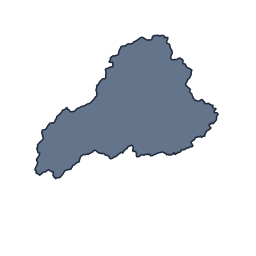 the district of El Carmen, Chocó, Colombia, rotated 221°
{"feature_id": "7082276B50429445082332", "entity_name": "El Carmen", "entity_type": "district", "adm_level": 2, "iso_a3": "COL", "parent_name": "Colombia", "parent_adm1": "Chocó", "projection": "equal_earth", "projection_center": [-76.201, 5.838], "detail": "fine", "context": "isolated", "style": "filled", "palette": "slate", "viewbox_px": 256, "rotation_deg": 221, "n_neighbors": 0, "source": "geoboundaries", "source_scale": "gbopen_adm2", "svg_char_len": 5870}
<svg xmlns="http://www.w3.org/2000/svg" viewBox="0 0 256 256"><g transform="rotate(221 128 128)"><path d="M185.9,167.5L185.7,165.6L185.2,165.6L183.8,166.3L183.0,167.5L182.5,167.5L181.6,166.6L181.1,165.7L180.0,165.1L179.7,164.7L179.9,163.7L180.8,163.2L181.3,162.1L181.8,161.7L182.0,160.3L183.3,158.7L183.6,157.6L183.4,157.2L181.6,156.0L180.5,154.8L179.3,153.0L178.4,152.3L177.9,151.3L177.7,150.3L177.9,149.9L178.7,149.1L179.3,148.7L179.6,147.9L179.6,145.5L179.7,143.9L179.3,143.1L179.2,141.9L178.8,141.1L178.9,140.7L179.5,140.0L179.6,139.6L177.9,137.7L177.2,135.8L174.8,134.2L174.3,133.5L173.7,133.3L172.7,131.6L172.9,130.0L172.6,127.8L172.8,122.6L173.1,121.3L173.8,120.6L174.9,118.3L175.3,116.2L177.3,113.7L177.9,111.6L178.9,109.8L179.3,108.5L179.3,105.8L179.5,105.0L180.2,104.7L181.0,103.4L182.3,102.5L184.6,103.0L185.9,102.5L186.5,102.7L187.1,103.3L187.6,103.2L187.9,100.6L188.5,99.4L189.1,98.6L188.6,96.8L188.6,94.5L189.2,90.2L189.0,89.5L188.4,88.7L188.1,86.2L187.4,84.8L187.4,83.7L187.6,82.8L188.5,82.3L189.5,81.2L190.1,80.1L190.2,79.5L190.0,78.8L189.9,76.6L189.3,74.2L189.3,73.1L189.7,72.1L191.1,70.5L191.2,70.0L190.3,68.3L189.3,67.3L188.0,66.8L186.7,65.5L186.0,65.3L185.0,64.5L184.8,63.8L184.9,61.9L185.2,60.0L185.3,56.5L185.2,55.9L184.7,55.2L183.7,54.5L183.6,52.8L183.1,52.4L182.6,52.4L180.3,50.6L179.1,50.6L178.2,51.2L177.9,51.1L177.7,50.1L177.1,49.3L177.0,48.1L176.7,47.0L176.6,44.5L176.0,44.1L175.3,43.3L173.8,43.0L173.5,42.7L172.2,39.6L171.5,36.7L170.6,35.2L169.8,35.4L169.0,35.3L168.5,34.8L168.4,34.2L167.3,33.7L165.3,34.5L164.0,34.3L163.4,35.3L163.1,38.4L162.8,39.2L161.4,41.0L161.2,42.5L160.3,44.7L158.6,44.6L157.5,45.0L156.8,44.9L156.0,45.8L155.5,45.8L153.6,43.1L153.1,42.9L152.2,43.1L151.6,42.5L151.1,42.2L150.3,42.8L149.8,42.8L149.4,42.5L149.1,43.4L148.8,44.0L148.2,44.6L147.7,44.9L146.9,46.1L146.9,50.3L147.6,54.0L146.7,56.2L146.2,57.0L145.8,57.2L144.2,59.4L144.1,59.9L144.5,60.6L144.6,62.0L144.9,62.8L144.9,63.9L144.3,65.4L143.9,68.4L143.6,68.6L142.7,70.5L143.1,71.0L144.7,74.3L144.9,75.6L144.6,77.6L144.0,79.0L142.7,79.8L141.8,81.6L141.0,81.7L140.7,82.1L140.4,83.3L139.9,84.2L139.6,85.5L138.9,86.8L138.9,89.3L137.2,89.9L133.9,89.9L133.7,90.2L133.0,90.3L132.6,90.9L131.7,90.9L131.1,91.6L130.5,91.8L129.7,92.7L129.1,92.9L127.4,92.7L124.8,94.0L124.1,94.0L121.9,93.2L121.0,93.3L120.1,94.4L119.7,95.7L119.6,96.7L119.0,97.4L118.5,98.3L118.0,101.1L117.9,102.6L117.6,103.2L117.0,105.5L116.7,105.8L115.6,105.7L115.5,105.9L115.7,106.3L115.9,107.8L115.9,110.2L115.3,111.6L115.4,112.6L115.7,113.4L115.8,114.1L114.5,116.1L114.1,117.4L112.6,117.4L111.1,116.8L110.2,114.8L109.4,113.8L108.9,113.8L108.3,114.2L107.9,114.3L107.2,115.1L106.5,115.1L104.8,114.3L104.2,113.2L102.8,112.2L102.1,112.3L100.8,114.0L100.5,115.1L100.4,116.4L100.1,116.9L99.6,117.3L98.7,117.5L98.0,118.1L97.6,119.3L96.7,120.3L96.6,120.8L96.3,121.1L95.2,121.1L94.6,122.4L93.9,122.5L93.2,122.0L92.6,121.9L92.3,122.1L92.0,122.8L91.3,123.3L90.7,125.4L89.9,126.2L89.4,128.1L87.5,130.9L86.9,131.5L86.6,132.3L85.6,132.8L84.1,132.9L83.5,133.4L82.7,133.6L82.2,133.6L81.6,133.1L81.2,133.1L81.1,133.6L80.8,134.0L80.1,134.5L79.4,134.4L78.8,135.4L78.1,135.7L77.6,136.2L77.3,137.0L77.4,137.6L77.0,138.3L77.2,139.2L76.4,139.6L75.6,138.8L75.1,139.0L74.8,140.5L74.0,141.7L74.1,142.8L73.2,143.5L72.9,144.1L72.8,145.3L73.3,146.3L73.3,146.8L72.2,147.5L71.7,148.5L71.1,148.9L71.0,149.6L70.7,150.1L70.8,150.7L70.7,151.3L69.3,152.6L69.1,153.1L69.1,153.9L68.7,154.4L68.5,155.1L68.0,155.3L67.8,155.6L67.5,155.7L67.4,156.0L67.5,156.5L67.3,156.9L67.7,157.4L68.6,157.5L69.2,157.9L70.2,158.0L70.7,158.2L71.1,158.9L71.2,159.6L70.7,160.5L71.0,161.2L70.4,161.9L70.3,163.7L70.7,164.0L70.8,165.3L70.5,165.9L70.0,166.0L69.5,166.6L69.5,167.1L68.9,168.0L68.4,168.1L68.1,169.3L67.6,169.4L66.7,169.1L66.4,169.2L66.0,170.6L65.3,171.8L64.8,172.2L65.0,172.6L65.5,172.6L65.7,172.8L65.7,173.8L66.3,175.4L66.5,177.7L66.3,177.7L66.5,177.8L65.6,180.2L65.3,181.8L65.6,182.5L66.0,182.7L67.1,182.5L68.5,183.3L69.0,183.8L69.1,184.2L69.1,184.4L68.4,184.8L68.1,185.4L67.9,187.1L67.5,186.9L66.6,187.1L66.6,191.5L66.7,192.1L67.4,193.4L68.8,194.7L68.9,197.1L69.4,197.7L71.0,197.8L71.9,196.9L73.5,196.5L73.8,196.9L74.0,197.5L74.1,199.9L74.4,200.3L74.7,200.3L75.5,199.3L77.2,198.9L77.6,199.1L78.5,200.6L78.8,200.8L79.8,200.0L81.0,200.0L81.9,199.4L83.2,199.6L83.9,199.0L84.5,197.9L85.4,197.5L85.9,196.8L86.2,196.8L87.4,197.8L88.5,197.6L89.3,198.0L90.8,198.0L91.3,197.4L92.0,195.1L93.1,193.8L94.4,193.6L95.7,193.0L98.1,193.3L99.6,194.2L100.5,194.4L102.3,195.6L104.9,195.6L105.5,196.3L106.1,197.7L106.5,198.1L107.6,198.3L108.9,197.9L109.8,198.1L110.7,198.0L112.9,198.5L113.6,199.4L114.0,201.8L114.5,203.3L114.8,203.5L114.9,203.9L114.4,205.0L114.4,205.7L114.6,206.9L115.2,208.8L115.4,209.9L115.5,210.2L116.4,210.7L117.2,212.2L117.7,213.5L118.1,213.7L119.1,213.4L120.5,213.3L122.7,212.6L123.8,212.5L124.4,212.6L126.3,213.7L127.1,213.7L128.2,212.9L129.5,213.0L129.8,213.3L130.4,214.8L130.9,215.2L132.2,215.3L134.5,215.0L135.2,214.4L135.7,213.2L136.1,211.9L136.6,211.1L137.7,210.5L138.1,209.8L139.2,208.6L139.7,208.4L140.9,208.5L141.9,209.0L143.1,211.5L143.6,213.4L145.3,215.1L147.2,215.6L150.0,217.1L151.0,218.2L152.2,218.3L154.0,217.6L154.9,217.8L155.8,219.1L156.3,221.0L157.2,222.3L159.0,221.3L159.7,220.2L160.9,221.0L161.7,221.1L163.5,219.9L164.4,218.1L165.8,218.0L167.0,216.7L167.7,216.4L168.3,215.2L169.0,214.9L169.5,213.5L169.3,212.5L168.4,211.3L168.4,210.5L168.8,208.7L170.0,208.5L170.4,207.8L171.3,206.8L172.2,206.6L173.2,206.6L173.8,206.2L175.1,206.3L176.1,206.1L176.5,206.0L177.5,205.0L178.0,203.5L178.8,200.0L179.4,198.2L180.1,197.0L180.1,194.8L181.2,193.1L182.7,192.0L183.4,191.0L183.6,190.5L183.8,188.3L185.0,187.1L186.6,185.1L186.6,184.4L186.2,183.7L185.3,180.1L184.4,178.7L183.6,177.1L183.9,175.9L184.8,174.8L185.6,173.3L186.6,172.8L187.1,170.9L187.3,169.2L186.3,168.4L185.9,167.5Z" fill="#64748b" stroke="#1e293b" stroke-width="1.5"/></g></svg>